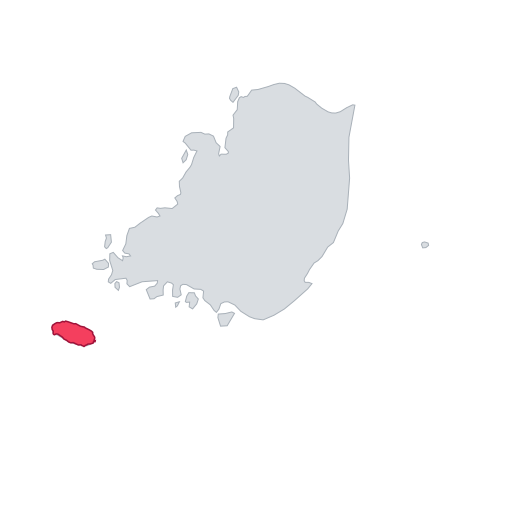 Jeju on a map of South Korea (Robinson projection), rotated 35°
{"feature_id": "KOR-2510", "entity_name": "Jeju", "entity_type": "Province", "adm_level": 1, "iso_a3": "KOR", "parent_name": "South Korea", "parent_adm1": "", "projection": "robinson", "projection_center": [126.648, 33.381], "detail": "fine", "context": "in_parent", "style": "filled", "palette": "rose", "viewbox_px": 512, "rotation_deg": 35, "n_neighbors": 0, "source": "natural_earth", "source_scale": "10m", "svg_char_len": 4079}
<svg xmlns="http://www.w3.org/2000/svg" viewBox="0 0 512 512"><g transform="rotate(35 256 256)"><path d="M155.5,131.6L157.2,130.3L157.3,128.5L157.3,122.6L162.1,118.5L168.9,110.1L172.2,105.4L176.0,101.1L180.4,98.3L184.8,96.9L191.6,96.3L204.6,96.9L207.2,96.4L216.2,95.9L218.4,96.7L225.0,97.2L232.3,96.6L235.9,95.4L239.3,93.2L242.3,89.4L245.3,82.3L248.5,76.7L250.5,75.7L264.0,105.4L276.9,124.6L288.0,138.5L303.8,165.3L308.5,179.6L309.0,188.4L311.7,200.6L309.6,207.6L310.4,218.6L309.4,224.3L307.6,228.4L307.6,236.4L308.2,240.7L308.4,246.4L309.6,248.6L311.4,249.4L314.2,247.4L317.7,246.5L317.2,253.3L313.1,270.6L309.6,283.2L304.7,294.2L298.5,304.2L290.9,308.1L285.5,309.5L275.3,310.0L266.8,308.3L259.5,309.5L256.6,311.6L254.5,315.2L256.1,320.8L255.9,324.9L252.8,324.6L246.6,322.2L239.7,321.9L236.5,320.7L233.2,314.8L229.9,315.0L224.2,318.5L215.4,319.3L212.3,321.2L211.3,323.6L212.6,326.7L217.0,330.7L215.5,334.8L210.9,336.9L207.2,331.8L204.8,326.9L202.3,326.6L198.2,328.0L197.4,333.4L199.3,337.0L202.4,341.2L198.1,346.1L197.0,349.5L193.9,352.0L185.4,346.5L186.6,342.6L190.3,338.8L190.7,334.9L189.5,332.6L177.5,342.4L170.1,353.6L166.2,352.8L164.5,349.9L162.2,348.8L154.2,356.0L152.7,361.7L149.8,361.9L148.5,359.5L148.4,354.3L147.0,350.0L138.7,343.6L135.0,338.0L137.0,334.9L143.9,336.6L149.4,336.4L148.3,333.7L146.5,332.5L150.2,331.0L153.2,327.9L150.7,327.1L146.9,328.9L143.6,328.0L142.4,320.7L138.5,313.3L136.5,306.0L140.3,301.9L142.3,295.4L145.9,286.0L147.7,283.0L152.6,280.8L154.4,278.3L151.7,277.1L147.3,276.0L147.4,273.3L150.4,271.8L153.7,268.8L160.1,265.2L162.1,258.4L160.2,256.6L156.2,255.0L157.1,251.6L158.8,248.9L158.2,247.3L153.4,242.9L150.3,238.8L151.2,234.2L150.5,227.2L151.0,221.3L150.8,218.2L148.5,211.0L147.4,203.8L144.4,204.9L142.0,206.6L133.3,204.1L130.5,204.0L129.4,198.6L132.6,192.0L140.0,186.3L144.2,185.5L147.4,183.0L152.4,182.2L158.4,186.1L163.8,186.9L166.7,193.7L168.6,195.1L169.0,192.6L173.3,189.7L174.3,187.5L173.4,186.3L168.4,185.1L163.9,176.7L163.3,173.0L161.7,170.6L164.1,163.9L158.9,156.2L156.4,153.8L156.7,146.9L154.0,142.5L152.5,140.1L151.6,135.9L152.4,134.0L154.8,133.3L155.5,131.6ZM138.3,434.6L135.8,436.0L133.5,435.1L132.9,434.4L130.1,430.6L129.3,428.7L131.2,424.9L138.9,418.8L158.9,412.9L162.5,412.6L170.4,415.1L172.1,419.9L170.6,424.0L168.8,426.7L159.7,431.4L152.6,433.6L138.3,434.6ZM272.4,329.7L267.2,333.8L260.1,328.3L258.4,325.2L263.8,320.8L268.3,315.7L271.3,315.3L272.4,329.7ZM234.9,329.2L234.4,335.7L230.4,336.0L228.1,331.8L225.6,333.9L224.3,333.9L222.3,328.7L222.0,324.6L226.6,321.5L229.4,323.4L233.4,324.3L234.9,329.2ZM133.2,358.2L129.7,359.2L127.7,356.9L126.3,356.3L127.1,353.3L132.9,347.4L134.0,345.3L139.4,346.6L141.4,349.7L138.9,354.5L133.2,358.2ZM149.3,134.6L149.0,143.3L146.0,143.0L143.9,142.1L143.1,140.4L141.0,132.2L143.3,128.9L147.8,131.5L149.3,134.6ZM129.8,334.2L129.1,335.8L126.7,335.3L124.2,330.7L123.2,327.1L120.7,325.1L124.7,321.9L129.6,327.6L129.8,334.2ZM143.6,217.2L142.8,221.5L139.1,218.6L138.1,209.2L141.9,212.0L143.6,217.2ZM390.3,151.7L387.9,153.7L384.9,151.7L384.5,149.6L386.0,147.8L389.6,146.7L391.3,148.3L390.3,151.7ZM162.1,359.9L163.0,363.1L158.5,362.5L156.2,359.5L156.5,356.9L159.1,356.5L162.1,359.9ZM220.2,341.9L219.6,344.0L216.8,340.8L219.5,337.4L220.2,341.9Z" fill="#d9dde1" stroke="#a8b0b8" stroke-width="1"/><path d="M172.9,417.6L173.3,418.5L173.0,418.8L172.5,418.9L172.1,419.4L172.1,419.8L172.5,420.4L172.5,420.8L172.3,421.1L171.8,421.7L171.7,421.9L170.7,423.1L168.8,424.6L168.3,425.9L167.4,427.3L167.4,427.9L167.0,428.8L165.6,428.9L165.1,429.2L163.6,429.1L161.5,430.8L155.9,431.8L154.0,433.4L151.7,433.9L149.2,433.7L146.4,434.2L144.0,433.5L138.7,433.6L137.0,434.4L136.1,436.1L135.2,436.3L134.3,435.9L133.0,433.8L131.3,433.2L129.7,431.5L129.1,429.4L130.1,426.7L131.0,425.0L131.6,424.4L133.5,423.3L135.2,420.4L136.7,420.0L137.4,418.5L140.0,417.6L145.7,416.0L147.2,414.8L152.6,414.2L156.3,412.6L157.2,412.8L161.7,412.1L164.3,411.9L166.0,412.2L166.7,413.2L167.5,413.8L170.2,414.9L171.0,415.7L171.6,417.7L172.1,418.5L172.4,418.2L172.7,417.9L172.9,417.6Z" fill="#f43f5e" stroke="#9f1239" stroke-width="1.5"/></g></svg>